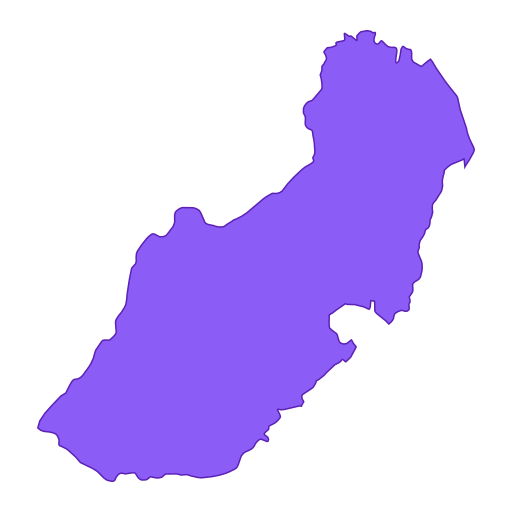 Que Son, Quàng Nam, Vietnam
{"feature_id": "81297802B89611140069217", "entity_name": "Que Son", "entity_type": "district", "adm_level": 2, "iso_a3": "VNM", "parent_name": "Vietnam", "parent_adm1": "Quàng Nam", "projection": "robinson", "projection_center": [108.254, 15.725], "detail": "fine", "context": "isolated", "style": "filled", "palette": "violet", "viewbox_px": 512, "rotation_deg": 0, "n_neighbors": 0, "source": "geoboundaries", "source_scale": "gbopen_adm2", "svg_char_len": 5985}
<svg xmlns="http://www.w3.org/2000/svg" viewBox="0 0 512 512"><path d="M129.4,279.3L127.1,294.4L126.6,300.1L125.8,304.6L124.4,307.6L121.5,312.2L118.6,315.7L116.9,318.3L115.8,320.4L115.5,322.3L116.2,331.8L116.1,333.0L115.3,334.4L113.7,336.3L110.0,339.8L108.6,340.2L105.6,340.0L104.0,340.1L102.8,340.4L101.7,341.4L95.7,350.2L94.6,353.5L93.4,358.1L90.9,363.6L88.8,367.0L86.2,370.6L83.1,374.9L81.3,376.8L79.5,378.1L77.3,379.0L74.3,379.4L73.3,380.0L71.8,381.6L69.8,385.1L65.8,393.0L60.9,396.0L50.9,406.5L45.0,413.2L39.8,420.9L37.8,427.9L38.9,428.9L41.0,430.4L44.0,431.4L49.5,432.0L53.1,432.8L55.0,433.6L56.1,434.3L57.2,435.5L58.9,439.1L59.1,440.9L58.8,443.8L59.3,445.3L59.7,445.7L61.3,446.3L66.5,448.9L68.5,450.5L75.8,457.1L80.2,462.3L81.1,462.9L92.4,468.3L97.3,471.4L103.7,477.8L105.8,479.4L107.4,480.3L110.9,481.1L112.6,481.3L113.7,481.0L114.6,480.5L115.3,479.3L116.0,477.5L117.8,475.0L119.2,473.9L120.5,473.3L121.8,473.2L125.4,473.9L132.3,472.8L133.6,472.8L134.8,473.0L135.5,473.5L138.1,477.6L139.5,478.9L141.0,479.8L142.4,480.0L143.6,480.0L146.0,479.8L147.3,479.3L150.0,477.0L150.7,476.8L156.2,477.9L158.0,478.0L161.6,477.3L165.2,474.3L166.1,474.0L175.6,473.9L177.8,474.1L180.3,474.9L181.4,475.0L186.7,474.6L187.7,474.8L191.3,476.0L198.0,477.5L201.5,477.8L211.6,476.7L218.9,475.3L225.1,473.5L229.1,471.9L234.4,469.3L236.0,468.3L237.1,467.1L238.3,464.5L241.1,456.3L243.2,453.5L245.4,451.9L249.1,450.3L252.2,448.5L254.0,446.4L255.4,443.7L257.0,441.6L259.0,439.8L260.9,439.1L267.0,441.5L268.0,441.3L268.5,439.4L268.2,438.2L267.6,437.1L264.8,435.0L264.2,433.8L264.5,433.1L265.3,432.3L268.4,429.6L268.7,428.8L268.9,426.3L269.2,426.0L275.2,422.8L277.8,420.5L279.9,418.0L280.3,417.0L280.4,416.4L279.8,414.5L277.6,410.0L277.5,409.5L277.7,409.3L278.9,409.3L281.0,409.8L282.1,409.7L284.6,409.4L299.6,405.9L301.5,406.2L301.8,405.0L303.7,401.9L303.4,400.9L302.7,399.9L302.0,398.3L301.8,395.7L302.6,394.5L312.5,387.9L313.2,387.2L314.7,384.8L315.8,382.7L316.4,380.8L319.1,379.3L324.1,375.3L326.3,372.8L335.0,364.6L337.8,363.3L339.3,362.4L340.7,361.3L341.7,359.9L342.4,359.5L342.7,359.5L343.7,360.1L345.1,361.5L345.9,361.8L350.6,357.3L355.9,347.6L356.1,346.7L353.4,343.4L351.7,340.2L351.3,339.9L346.8,343.5L345.1,343.9L343.0,343.9L341.1,343.2L339.9,342.5L338.8,340.5L337.3,335.1L336.6,333.7L332.2,330.4L329.8,328.2L329.3,326.9L329.1,324.0L329.2,314.9L332.9,312.7L337.0,309.5L345.3,303.8L347.2,304.4L354.9,304.6L364.1,307.0L368.8,309.2L369.4,309.1L370.2,307.0L370.8,300.6L374.5,301.2L374.8,305.1L374.8,310.8L375.7,312.4L377.4,314.1L385.6,320.7L388.9,324.0L391.3,321.8L392.7,320.1L393.4,318.7L394.2,315.1L394.8,313.7L395.9,312.9L397.7,311.7L401.2,310.4L402.4,310.5L405.3,311.3L406.4,311.2L407.5,311.0L408.7,309.9L409.1,309.3L409.2,308.5L408.9,304.6L409.3,303.3L409.9,302.4L410.0,301.5L410.0,300.4L409.4,297.7L409.4,296.6L411.9,293.1L412.8,291.1L412.9,289.9L412.6,284.6L412.9,283.7L414.4,282.0L417.3,280.3L418.8,279.2L419.7,278.2L420.5,276.8L422.0,270.5L422.2,267.6L422.0,263.5L421.4,261.1L419.2,255.9L418.1,252.8L418.0,251.2L419.2,247.9L419.3,246.8L419.0,245.6L419.8,241.6L420.8,239.6L422.3,237.6L424.5,233.7L425.2,230.8L425.9,229.4L427.7,228.3L428.3,227.7L429.4,225.8L430.0,223.0L430.0,220.4L430.1,219.7L431.3,217.5L432.5,213.1L432.6,211.4L432.3,209.3L432.3,207.2L432.4,205.1L432.9,203.8L433.5,202.8L435.8,200.2L440.8,192.3L441.6,190.7L442.2,188.2L442.6,185.8L442.3,181.8L442.4,180.2L443.0,176.9L444.1,172.8L444.3,171.2L444.2,170.4L446.8,167.8L449.6,165.5L451.7,164.2L462.2,159.9L463.7,158.9L464.1,159.0L464.9,166.9L465.5,165.7L469.4,159.8L473.1,153.2L474.2,150.4L474.1,148.9L473.6,147.3L469.5,138.8L467.3,132.6L466.4,128.1L460.2,109.6L457.7,98.1L456.7,95.9L450.1,87.7L445.2,81.3L436.3,68.3L432.4,61.7L430.5,59.2L427.8,61.1L421.6,66.3L420.9,66.3L413.3,62.0L411.8,59.4L411.6,57.6L411.7,53.2L411.3,50.8L410.9,50.0L410.3,49.5L409.0,49.4L406.2,48.6L403.9,46.8L403.0,46.4L402.5,46.6L401.1,49.1L400.7,51.4L400.2,55.0L399.0,60.4L398.4,61.5L397.4,62.4L396.8,62.8L396.2,62.7L395.8,62.2L395.7,61.3L396.0,57.3L396.8,52.0L396.9,50.3L396.5,48.8L395.8,47.8L394.4,47.3L391.3,47.4L388.2,46.7L386.1,45.1L383.1,42.0L381.9,40.9L381.1,40.9L380.7,41.2L379.4,42.9L378.2,43.8L377.2,44.0L376.3,43.9L375.4,43.3L374.4,42.1L374.0,40.5L374.1,38.3L375.4,34.1L375.3,32.8L374.9,32.4L373.3,32.9L370.5,31.3L369.3,31.0L366.6,30.7L360.7,31.9L359.0,33.4L357.0,35.7L356.8,36.7L357.1,40.1L356.6,40.4L355.3,39.6L351.4,36.2L350.6,36.0L349.8,36.3L349.2,36.3L345.6,33.9L344.6,33.4L344.4,33.5L344.3,33.9L344.8,39.4L344.3,40.3L343.7,40.7L337.2,42.0L336.1,42.7L335.9,43.2L336.3,44.7L336.0,45.5L332.2,47.0L330.2,47.5L327.7,47.6L327.0,48.0L324.8,50.5L323.9,52.0L325.8,55.6L326.4,57.8L326.4,59.0L326.1,60.2L324.7,62.2L323.6,64.5L322.7,65.2L322.1,66.1L321.9,67.0L321.9,69.5L321.6,71.3L320.2,74.9L321.2,78.5L322.0,83.9L322.0,88.1L321.5,89.4L313.2,99.3L311.6,100.7L309.4,101.3L307.5,102.3L305.7,104.2L304.3,106.3L303.5,108.5L303.4,111.8L303.6,113.4L304.9,115.8L305.3,117.1L305.4,119.4L305.2,122.4L305.3,124.7L306.1,126.4L307.2,127.8L309.2,129.1L311.0,129.7L311.9,130.4L312.4,131.4L313.1,136.2L314.2,141.8L314.9,152.0L314.6,153.6L314.0,155.5L313.1,157.0L312.8,158.1L313.4,159.5L313.7,160.5L313.4,161.4L312.8,162.4L309.7,164.5L305.5,166.8L303.1,168.6L300.6,170.8L294.0,177.0L287.7,183.8L282.0,191.2L279.7,192.6L277.0,193.4L275.0,193.5L273.2,193.3L272.2,193.4L266.7,196.5L263.5,198.7L247.0,212.7L241.6,216.3L236.7,218.8L233.4,220.1L232.4,221.0L227.2,224.2L224.5,226.2L222.8,226.9L218.9,227.0L214.7,226.1L213.7,225.6L208.7,224.6L206.7,223.9L205.6,223.2L204.9,222.3L200.6,212.5L199.3,210.5L196.9,209.0L194.4,208.0L192.1,207.7L182.4,207.6L180.6,208.2L178.2,209.5L176.0,211.4L175.2,212.6L174.6,215.4L174.7,221.8L174.2,223.8L173.2,226.2L172.1,227.9L166.9,234.7L165.6,235.9L162.5,236.8L159.9,236.8L158.6,236.3L154.8,234.2L153.4,233.9L152.1,234.0L151.2,234.5L148.4,236.8L146.4,238.9L141.5,245.1L137.4,251.2L136.4,253.8L136.1,257.9L136.3,260.4L136.0,262.4L135.5,263.9L132.0,267.7L131.4,269.3L129.4,279.3Z" fill="#8b5cf6" stroke="#5b21b6" stroke-width="1.5"/></svg>